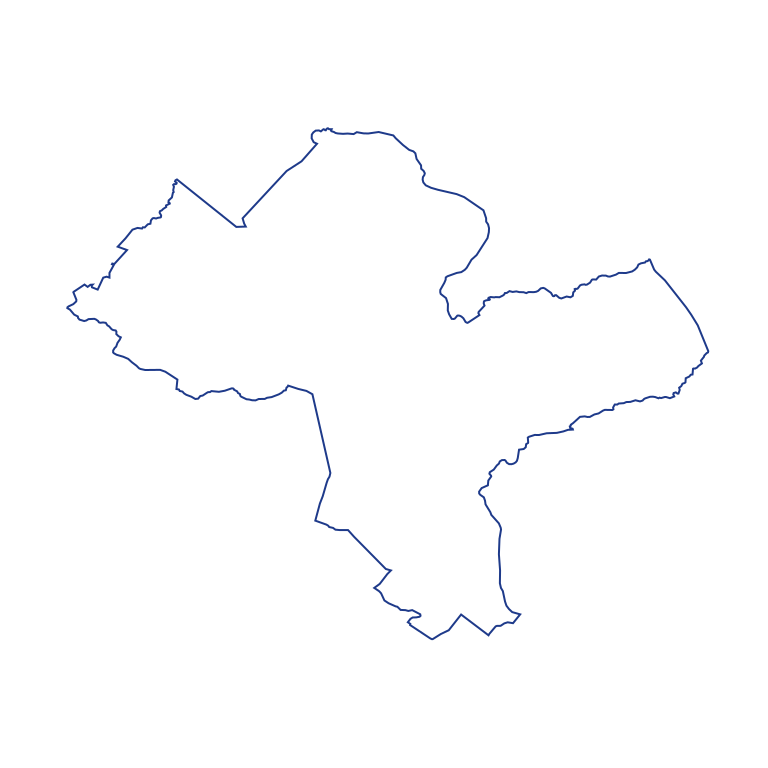 Saldaña, Tolima, Colombia (Equal Earth projection), rotated 94°
{"feature_id": "7082276B58225097542438", "entity_name": "Saldaña", "entity_type": "district", "adm_level": 2, "iso_a3": "COL", "parent_name": "Colombia", "parent_adm1": "Tolima", "projection": "equal_earth", "projection_center": [-75.023, 3.912], "detail": "fine", "context": "isolated", "style": "outline", "palette": "blue", "viewbox_px": 768, "rotation_deg": 94, "n_neighbors": 0, "source": "geoboundaries", "source_scale": "gbopen_adm2", "svg_char_len": 6133}
<svg xmlns="http://www.w3.org/2000/svg" viewBox="0 0 768 768"><g transform="rotate(94 384 384)"><path d="M604.3,232.1L602.6,240.2L599.8,243.6L596.6,246.4L592.5,248.1L582.3,251.0L579.3,253.1L574.7,254.5L561.9,255.2L545.8,257.5L530.4,258.0L521.0,257.1L519.1,257.6L515.0,259.7L507.1,267.8L504.4,269.0L497.0,274.3L493.3,275.1L490.1,276.5L487.8,280.3L486.6,281.4L484.7,281.6L481.0,279.3L477.8,273.3L473.0,273.2L468.8,270.6L468.0,270.8L466.2,272.6L464.6,272.3L461.7,268.5L457.4,265.8L455.4,263.8L453.2,263.1L451.7,261.1L451.4,258.3L452.0,257.4L454.0,255.9L455.2,253.6L455.1,251.3L454.4,249.2L453.0,247.2L451.3,246.0L448.5,245.4L440.1,244.7L439.1,240.1L437.2,238.2L434.1,238.0L432.8,236.2L432.2,236.1L427.4,236.8L426.5,235.6L424.3,230.1L424.1,225.9L421.8,218.3L420.7,208.2L418.8,201.8L416.9,197.3L416.3,192.4L415.5,192.7L414.8,195.2L413.3,195.7L412.6,194.8L411.6,194.8L409.9,192.7L403.1,186.2L402.3,181.5L402.7,178.7L402.5,176.4L399.7,172.0L398.4,167.9L395.2,163.6L394.4,161.9L394.0,154.4L393.3,153.4L391.4,153.8L388.4,152.4L388.2,149.8L387.1,148.5L386.4,143.5L385.1,141.0L384.7,137.1L382.7,132.0L383.5,127.4L382.5,124.9L380.9,123.6L380.1,122.4L378.2,117.7L377.9,114.9L378.1,112.5L379.1,109.2L378.4,108.2L378.7,106.6L377.4,103.0L377.3,101.8L378.2,97.8L376.2,93.6L374.2,94.7L372.8,94.4L372.0,92.3L373.1,90.6L373.0,89.6L369.3,88.6L367.1,89.3L365.4,87.3L362.9,86.3L362.0,84.1L361.3,83.4L357.2,83.4L355.2,79.9L353.4,78.7L353.0,76.9L347.3,76.8L347.0,76.5L346.9,74.7L345.7,72.8L344.2,71.7L341.3,68.3L338.6,69.5L334.5,66.7L333.3,66.5L330.7,64.3L329.9,63.0L328.6,62.8L303.6,75.1L293.4,82.4L286.4,88.0L261.0,111.0L253.0,120.7L251.0,122.5L241.4,127.4L241.2,128.2L242.4,128.9L243.1,129.9L243.3,131.2L244.6,132.1L245.7,136.1L247.1,138.5L250.0,139.6L252.5,141.8L254.4,144.3L256.4,150.3L256.8,157.5L258.7,160.2L261.1,166.1L261.1,168.1L260.4,170.2L260.6,174.1L261.8,177.2L265.0,179.6L265.1,182.9L265.5,183.9L268.5,185.5L270.7,188.5L271.0,189.9L270.6,190.9L271.2,193.9L272.0,195.3L275.2,197.4L275.7,198.3L275.7,199.7L276.0,200.4L277.6,200.0L279.4,201.6L282.9,201.8L284.5,204.0L284.0,207.9L286.3,213.1L285.8,215.2L283.4,218.4L283.5,219.6L284.4,220.2L284.6,221.0L284.4,221.7L281.4,223.8L277.4,230.4L277.0,231.9L277.7,234.3L280.4,236.8L281.4,238.7L281.9,240.9L282.2,246.2L283.4,248.4L282.7,251.2L282.9,255.4L282.4,258.4L283.2,262.1L282.6,265.3L284.6,267.9L284.9,269.8L286.3,270.3L287.4,271.5L289.4,274.9L289.5,278.6L289.9,280.2L289.8,283.7L290.7,285.7L291.3,285.9L292.2,284.4L292.7,284.6L293.4,287.9L294.3,289.8L295.0,290.1L296.8,290.1L298.8,289.2L305.5,294.6L306.7,294.8L308.6,293.6L316.8,304.3L317.2,305.2L316.5,306.9L312.9,309.4L311.3,311.5L310.6,313.3L310.5,315.0L310.8,315.7L313.7,317.8L314.3,318.9L314.3,321.0L309.9,323.9L306.2,325.5L299.7,325.8L294.0,328.1L290.2,333.7L288.5,334.3L286.2,334.4L278.9,330.9L275.7,329.8L273.4,329.8L272.1,328.2L268.1,319.1L267.0,314.7L264.5,311.4L262.3,309.6L253.9,305.4L248.9,300.6L231.2,290.9L225.2,290.0L221.2,290.1L217.5,291.3L214.9,293.4L211.5,293.7L203.8,296.9L192.0,317.0L189.5,324.8L186.5,343.7L185.0,350.7L182.9,356.2L180.2,358.8L177.5,359.7L174.9,359.6L172.6,358.3L170.9,358.0L168.7,359.3L166.7,361.9L163.3,362.3L157.2,367.2L151.7,368.8L149.9,370.9L148.7,375.2L144.3,381.7L138.0,389.5L135.4,392.0L133.0,406.9L135.2,417.2L135.4,422.0L134.7,428.7L136.8,431.7L136.7,437.7L137.3,442.3L137.3,447.5L137.0,449.8L136.1,451.5L135.5,454.0L134.9,454.6L133.5,454.0L133.6,456.7L132.8,457.8L133.2,458.7L135.0,459.8L134.9,460.5L134.3,460.9L134.1,462.2L136.4,464.6L135.6,466.6L136.0,469.8L138.0,472.1L140.2,473.4L144.0,473.3L147.7,471.0L149.0,467.6L167.6,481.8L178.3,496.0L228.6,536.6L233.7,534.7L236.6,532.9L237.6,542.3L194.4,604.8L195.3,606.2L196.5,606.6L197.7,604.9L198.5,604.9L199.1,605.6L199.3,607.5L200.1,608.2L201.9,607.3L205.3,607.8L207.2,607.2L207.9,607.9L212.7,608.6L215.9,611.6L217.8,611.7L218.4,610.5L219.0,610.3L221.1,613.9L222.6,613.6L224.7,616.4L226.3,617.8L227.3,619.6L228.8,619.8L231.3,618.1L232.9,618.1L233.4,618.5L234.1,621.4L234.8,622.9L234.5,625.1L234.9,626.4L237.0,627.9L240.4,628.2L241.2,630.8L244.5,633.6L244.5,635.5L245.8,636.2L245.5,640.8L247.6,645.7L256.7,652.0L265.6,659.2L268.3,649.7L283.1,661.4L282.8,663.4L283.5,663.7L284.0,661.8L292.3,665.6L297.0,665.3L296.3,668.2L297.5,671.5L309.8,676.2L307.9,682.1L306.3,682.5L305.2,681.6L305.5,683.8L307.8,686.4L305.7,689.7L313.6,699.9L314.1,700.3L321.5,696.7L323.1,696.8L326.0,699.5L328.6,704.1L329.5,705.1L330.4,705.2L331.7,702.5L336.4,697.9L338.0,694.1L339.3,693.9L341.0,692.3L342.1,687.5L341.4,685.4L339.9,683.3L339.2,677.6L339.6,676.1L341.1,673.6L342.3,672.8L342.7,671.4L342.2,668.5L342.4,665.8L344.8,664.0L345.7,662.2L348.4,659.5L349.1,657.9L349.3,655.4L350.4,654.6L352.9,654.5L354.9,652.1L355.8,649.8L358.4,650.8L361.5,652.7L365.4,653.8L366.9,655.2L369.4,656.5L371.4,656.4L372.1,655.7L373.5,652.8L375.0,646.0L376.8,640.9L379.9,637.0L383.1,632.1L385.4,629.5L386.0,628.0L386.7,623.2L385.5,608.3L387.0,603.0L394.0,590.4L403.5,590.7L403.8,588.2L405.2,587.3L405.6,584.5L407.3,582.8L408.6,580.4L410.1,575.3L412.1,571.2L411.6,568.4L408.8,566.4L408.2,564.1L405.0,559.9L404.4,558.9L404.2,557.0L403.1,555.7L403.3,548.1L401.8,542.3L399.0,535.7L398.9,534.4L399.3,533.6L400.1,533.3L401.6,530.0L403.2,529.0L404.0,527.1L405.8,526.5L406.6,525.6L408.8,520.1L408.9,517.3L409.4,514.5L409.3,511.0L407.7,507.9L407.2,501.9L405.9,499.7L404.9,495.2L401.7,488.3L399.8,485.4L397.6,483.4L397.1,481.5L394.4,481.0L393.5,480.0L392.3,479.5L394.9,469.2L396.3,460.9L399.2,454.7L476.5,431.3L480.2,431.9L482.9,433.3L486.5,434.3L500.3,437.3L507.7,439.6L525.1,443.0L528.3,431.6L529.3,429.7L530.5,428.7L531.1,424.8L532.7,422.3L532.8,418.1L532.2,409.7L538.5,403.2L568.4,369.3L569.5,364.1L573.3,367.4L583.7,374.3L588.1,379.5L591.1,374.3L593.0,372.3L599.9,368.5L602.4,364.1L605.0,356.9L605.3,355.1L608.2,351.7L608.1,346.8L608.7,343.9L607.6,340.1L611.2,331.8L612.7,331.4L613.7,332.3L614.6,335.7L614.9,339.1L616.4,341.2L620.0,343.6L621.5,341.0L622.6,341.2L634.5,320.2L635.2,318.5L635.1,317.6L629.4,309.8L625.1,302.2L608.6,291.0L627.4,262.2L625.8,261.4L618.0,255.7L617.4,254.4L617.1,250.8L614.4,247.3L613.1,244.0L613.6,238.6L604.3,232.1Z" fill="none" stroke="#1e3a8a" stroke-width="2"/></g></svg>